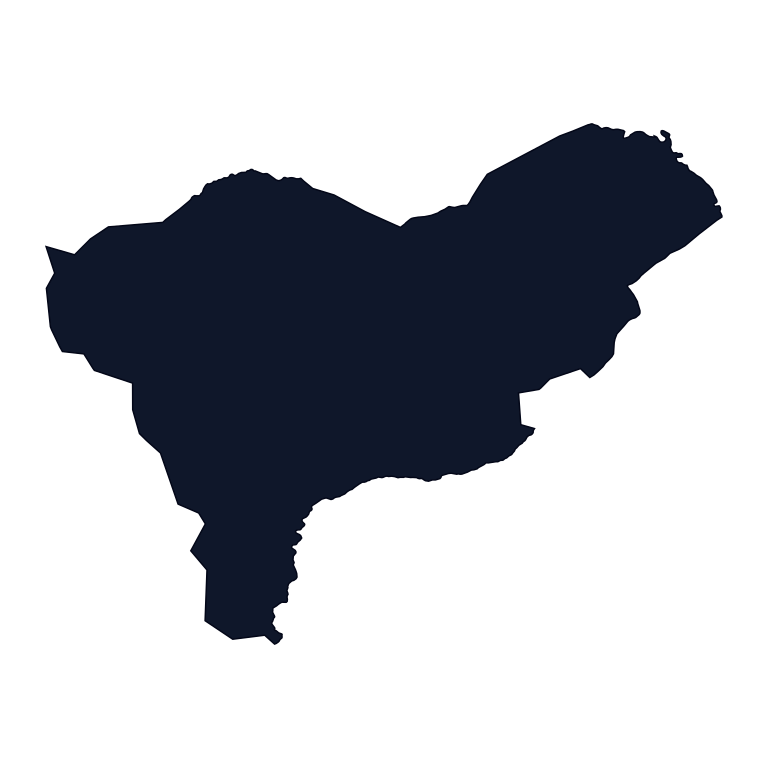 Xovd, Hovd, Mongolia (Equal Earth projection)
{"feature_id": "93677404B84217279169077", "entity_name": "Xovd", "entity_type": "district", "adm_level": 2, "iso_a3": "MNG", "parent_name": "Mongolia", "parent_adm1": "Hovd", "projection": "equal_earth", "projection_center": [91.437, 48.034], "detail": "fine", "context": "isolated", "style": "filled", "palette": "ink", "viewbox_px": 768, "rotation_deg": 0, "n_neighbors": 0, "source": "geoboundaries", "source_scale": "gbopen_adm2", "svg_char_len": 6120}
<svg xmlns="http://www.w3.org/2000/svg" viewBox="0 0 768 768"><path d="M534.5,428.6L520.8,424.7L518.5,392.9L539.0,389.4L540.7,388.1L549.7,379.0L580.5,368.6L589.8,377.5L594.0,374.9L598.5,370.9L602.9,366.7L605.5,363.0L609.1,359.6L611.9,356.6L613.5,353.8L614.2,342.6L615.0,338.8L616.9,333.8L624.0,325.9L627.7,321.4L629.0,320.3L630.3,319.5L632.5,318.5L634.1,318.1L635.7,317.5L639.0,314.7L639.8,313.6L640.0,312.2L639.9,310.5L637.7,303.4L637.4,301.7L633.4,294.5L631.6,292.2L630.0,289.9L627.9,287.5L627.3,285.6L629.0,284.6L632.0,283.6L636.3,280.8L639.1,278.2L641.0,275.7L644.1,273.0L655.8,263.3L664.9,258.2L666.5,256.7L669.9,253.3L679.5,249.0L685.0,245.7L699.0,234.0L716.9,220.2L721.9,217.0L721.9,215.7L720.8,213.3L720.0,211.8L719.9,210.8L720.4,209.6L720.4,208.4L720.3,207.7L719.7,206.5L719.2,205.9L718.4,205.9L715.1,206.4L714.5,206.0L713.9,205.1L713.9,204.3L714.4,203.6L716.6,202.5L717.0,201.4L716.6,199.8L714.0,195.0L712.9,191.7L712.6,190.4L711.9,189.4L708.7,185.5L706.0,183.3L702.6,179.4L700.6,177.7L696.4,175.3L694.0,173.2L691.1,171.4L689.5,170.7L688.1,168.6L687.6,166.8L686.9,165.2L685.6,165.2L683.2,164.3L682.5,163.5L681.1,162.8L679.5,162.9L677.7,162.0L677.0,161.1L676.2,158.9L676.3,157.9L676.8,157.3L680.6,157.1L681.8,156.7L682.5,156.1L682.1,154.4L681.4,153.7L680.1,153.5L678.1,153.7L676.2,152.7L673.9,153.0L673.0,152.6L672.3,152.0L671.0,149.3L670.3,147.3L671.1,144.8L670.9,141.5L670.3,139.5L669.2,138.0L669.0,136.9L669.6,135.3L669.6,134.5L668.9,133.7L663.7,130.9L662.1,130.6L661.2,131.1L661.0,132.8L661.8,134.4L663.5,135.8L665.5,137.0L666.2,138.6L665.6,140.5L663.7,142.0L661.8,142.2L660.1,141.8L658.8,140.3L657.0,137.4L655.9,136.6L654.4,136.0L654.9,137.1L649.4,136.6L646.7,135.1L645.5,134.3L644.4,133.2L642.7,132.1L640.2,131.6L637.2,131.7L635.1,132.1L630.5,134.9L629.8,136.0L629.2,136.7L627.9,137.3L624.8,138.3L623.9,138.1L623.4,137.8L623.2,136.9L624.1,133.4L624.7,131.7L623.6,130.6L618.1,129.3L615.9,129.3L613.5,129.7L611.6,129.4L608.0,127.8L606.1,127.6L603.8,128.0L602.2,128.8L601.5,128.7L599.8,127.6L597.7,125.8L593.6,124.6L592.7,124.0L591.7,123.9L590.6,124.1L589.7,124.5L588.1,124.8L572.8,131.1L559.7,136.0L487.3,174.3L480.4,184.3L472.3,197.3L470.0,201.8L468.3,204.3L467.1,205.5L463.0,205.5L461.5,205.7L454.8,207.5L452.7,207.3L449.3,206.6L448.5,206.8L445.0,209.2L440.6,211.2L437.9,213.0L431.2,215.4L424.6,216.7L418.2,217.2L413.3,218.0L411.5,218.5L410.2,219.3L408.1,221.0L405.7,223.0L404.9,224.0L400.4,227.4L365.1,211.6L334.1,195.0L312.7,188.5L303.6,181.0L300.8,178.3L298.7,178.8L296.2,178.8L293.8,178.0L291.8,177.7L290.0,177.8L287.7,178.3L286.5,178.1L285.5,177.6L284.4,177.5L283.7,177.7L282.2,179.3L280.6,180.2L278.9,180.7L278.1,180.6L276.2,180.0L268.6,174.5L267.2,173.7L266.2,173.6L263.2,173.9L262.2,173.7L255.2,170.9L254.0,171.0L253.3,170.2L252.2,169.5L251.0,169.4L249.1,170.6L247.3,170.9L245.9,172.3L241.4,172.5L238.6,173.5L237.0,174.8L235.4,175.6L234.5,175.5L232.6,174.3L231.2,174.3L230.1,175.0L228.9,177.0L228.2,177.4L227.1,177.9L224.1,177.8L222.4,178.9L221.0,179.5L218.7,179.8L216.7,181.3L213.8,181.4L211.9,183.2L209.3,184.0L207.5,183.8L206.0,185.0L204.9,186.6L203.6,188.8L202.4,192.6L201.1,193.5L200.3,195.0L199.5,195.6L198.7,195.8L195.9,195.8L194.9,195.6L194.3,195.7L192.3,197.0L191.5,198.1L191.1,199.2L190.5,199.9L188.9,201.4L179.3,209.4L165.7,219.7L162.8,222.4L108.4,226.9L90.5,238.9L74.6,254.8L46.1,246.6L54.7,273.2L46.4,288.3L50.4,326.7L51.6,329.8L59.8,346.9L62.4,351.5L83.9,353.9L92.9,368.3L94.4,370.4L132.6,383.1L132.7,409.7L139.5,433.6L146.5,440.5L160.5,453.0L178.1,504.1L198.7,513.0L205.4,523.9L190.8,550.8L207.0,570.0L205.1,620.7L232.7,639.2L264.7,635.2L274.6,644.1L276.3,643.4L278.3,642.0L279.3,640.9L279.9,639.6L281.8,638.0L282.1,637.0L281.9,635.9L282.1,634.6L281.8,634.0L278.5,632.8L277.6,631.9L275.9,630.6L275.0,630.2L274.4,629.6L274.5,629.1L274.8,628.5L274.6,627.7L271.9,624.1L271.8,623.0L272.0,622.2L272.7,621.1L273.7,617.9L274.3,617.5L274.6,616.9L274.6,616.3L272.7,612.5L272.6,611.5L272.8,610.4L272.8,608.7L273.0,608.0L276.6,605.8L278.5,604.2L281.0,602.6L282.2,602.2L285.3,602.3L286.4,602.2L287.2,601.3L287.4,599.3L287.0,596.9L287.4,595.4L288.0,594.4L287.8,593.1L287.0,591.0L287.0,590.1L287.6,588.7L287.9,587.5L287.7,586.3L288.8,583.5L291.7,581.0L293.9,580.3L296.1,578.7L297.0,577.1L296.7,573.4L295.5,569.8L293.2,564.9L294.1,562.7L293.8,561.7L293.0,559.9L293.3,556.1L295.9,552.9L295.9,551.7L295.2,550.4L291.9,548.1L291.6,547.3L291.8,546.3L292.3,545.5L292.9,545.0L295.9,544.6L296.6,544.0L297.8,542.1L300.2,540.1L301.7,538.0L300.7,535.6L299.5,534.6L296.4,533.2L295.7,532.3L295.6,531.3L296.2,530.5L296.8,530.2L297.8,529.9L300.1,529.8L300.8,529.3L301.5,528.5L301.9,527.6L303.3,526.6L304.3,525.6L304.7,524.6L304.5,523.8L302.9,522.3L302.2,521.4L301.9,519.8L302.6,518.7L306.0,517.1L307.4,515.8L308.7,514.0L309.2,512.2L309.8,511.2L310.9,510.7L311.9,509.7L312.0,508.7L311.6,507.7L311.5,506.5L312.3,505.5L315.8,503.3L321.6,499.2L325.2,498.1L326.5,498.0L331.0,499.5L332.8,499.0L334.4,497.8L335.8,497.2L339.7,496.5L341.0,495.6L344.8,493.9L347.2,491.7L349.2,490.4L350.8,489.7L352.0,489.4L354.5,487.3L359.0,484.1L362.2,482.2L364.6,482.1L366.2,481.6L367.6,480.7L369.3,480.4L371.2,479.1L376.2,478.0L378.3,477.0L381.9,477.6L383.2,477.3L385.2,476.4L386.9,476.1L388.6,476.5L391.6,476.2L394.6,476.6L398.0,477.7L400.1,477.3L403.9,477.3L404.5,476.9L405.3,476.8L410.7,477.5L412.8,477.4L416.6,477.6L418.2,478.4L419.7,478.7L420.5,478.5L422.1,478.5L423.8,479.8L425.4,480.7L428.6,481.2L432.5,479.9L435.5,479.9L439.9,478.6L440.9,477.5L441.3,476.2L442.0,475.4L448.4,473.5L451.1,473.2L456.7,474.2L458.3,473.9L460.2,474.2L461.9,474.1L467.5,472.1L471.3,470.1L474.0,469.8L477.2,468.8L478.4,467.6L483.6,464.8L484.8,464.0L485.2,463.4L485.8,463.0L486.8,462.8L488.2,462.9L496.0,461.7L497.9,461.7L500.6,460.3L502.2,460.3L503.3,460.0L504.7,458.7L506.7,457.9L508.9,455.9L511.2,454.8L512.0,454.1L512.6,453.1L514.0,451.5L514.6,450.7L514.9,449.6L515.6,448.7L516.8,447.7L518.8,445.3L522.2,443.2L522.8,442.3L523.6,441.5L524.7,440.8L525.6,439.7L527.0,437.0L527.5,436.7L528.0,436.1L529.0,435.4L531.0,434.9L532.0,434.2L532.9,433.1L533.2,432.2L533.2,431.0L533.4,430.3L534.5,428.6Z" fill="#0f172a" stroke="#020617" stroke-width="1.5"/></svg>